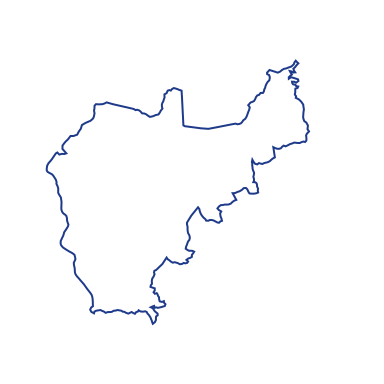 Água Doce, Santa Catarina, Brazil, rotated 252°
{"feature_id": "56859067B81535062588760", "entity_name": "Água Doce", "entity_type": "district", "adm_level": 2, "iso_a3": "BRA", "parent_name": "Brazil", "parent_adm1": "Santa Catarina", "projection": "robinson", "projection_center": [-51.633, -26.817], "detail": "fine", "context": "isolated", "style": "outline", "palette": "blue", "viewbox_px": 384, "rotation_deg": 252, "n_neighbors": 0, "source": "geoboundaries", "source_scale": "gbopen_adm2", "svg_char_len": 5995}
<svg xmlns="http://www.w3.org/2000/svg" viewBox="0 0 384 384"><g transform="rotate(252 192 192)"><path d="M255.8,60.9L254.7,61.8L253.4,63.1L251.8,64.5L250.1,65.2L247.0,66.0L245.7,66.3L243.5,66.3L241.7,65.6L239.3,65.9L236.7,65.9L234.5,65.1L232.5,64.5L230.6,64.8L228.7,65.3L227.3,65.6L223.1,64.9L220.2,63.9L218.1,63.1L216.3,62.5L214.5,62.3L212.8,62.5L211.2,63.1L209.7,64.3L208.0,65.1L205.8,65.0L204.2,64.5L202.7,64.3L201.1,64.3L199.3,64.4L198.0,63.7L196.7,62.4L195.4,60.8L193.2,58.0L191.5,56.9L190.2,56.0L189.1,54.9L187.7,53.6L186.1,52.1L183.6,51.1L181.7,51.1L179.2,52.1L177.4,53.5L175.9,54.7L173.0,57.2L171.4,58.8L170.0,59.9L168.6,60.8L166.4,60.7L164.2,60.4L162.7,59.1L161.2,57.7L159.2,57.2L157.0,57.0L155.3,56.8L153.7,56.3L151.6,55.8L150.0,55.8L148.6,56.1L146.9,56.7L145.0,57.6L143.2,58.3L141.6,59.0L139.4,59.9L137.6,60.7L133.7,61.9L131.3,62.7L128.6,63.7L126.9,64.3L124.9,64.8L122.6,64.7L120.4,64.3L118.1,63.7L116.2,63.1L114.0,62.5L113.3,60.4L111.6,58.8L109.1,59.2L106.9,61.3L108.4,62.3L108.7,64.1L108.4,66.2L108.0,68.5L106.6,69.9L105.7,71.1L103.8,72.5L103.8,74.9L103.1,77.0L102.8,78.7L103.3,80.8L102.8,82.7L102.8,84.6L101.9,86.3L100.9,88.2L99.6,89.1L99.0,90.6L97.3,92.1L96.0,93.9L96.3,95.7L96.5,97.5L95.2,98.6L93.8,100.1L95.0,101.7L95.0,103.5L96.0,104.7L94.3,106.1L93.3,108.5L93.0,110.6L92.0,111.8L90.2,112.1L88.3,113.0L86.5,113.5L85.0,113.8L83.6,113.8L82.2,114.0L80.4,113.9L78.8,114.0L79.7,116.5L81.5,118.2L83.5,118.8L84.8,119.5L85.3,121.2L87.0,121.7L88.7,120.6L90.5,119.6L92.2,119.2L93.7,118.7L95.1,117.2L95.3,118.8L95.4,120.8L93.4,120.7L93.3,122.4L92.4,123.7L92.2,125.4L92.0,127.7L92.0,130.9L93.5,132.1L95.4,131.2L96.9,131.5L96.7,129.5L98.0,127.5L100.2,127.6L102.2,128.1L103.7,127.6L105.4,127.6L106.7,127.2L106.7,125.2L108.6,124.5L109.8,126.1L111.9,126.8L113.4,124.7L114.6,123.2L116.1,124.1L117.1,125.6L119.3,126.1L120.7,126.7L122.0,127.5L123.5,129.4L125.4,131.0L127.3,131.0L128.7,131.9L128.9,133.8L130.0,136.1L131.3,138.7L132.6,141.5L137.5,147.6L135.6,148.1L134.3,149.2L132.5,150.3L130.7,151.9L130.6,153.8L128.9,156.4L127.0,158.2L126.7,160.6L127.1,162.2L126.2,163.6L126.1,165.6L127.1,166.8L129.1,165.7L129.9,167.9L129.9,169.7L130.3,171.8L132.3,172.5L133.3,174.1L134.6,175.6L135.9,174.2L136.6,172.5L137.1,170.9L138.4,169.7L140.0,168.5L141.7,169.4L143.6,171.0L144.7,171.8L146.1,172.9L147.1,174.5L148.3,175.4L149.6,175.9L151.6,176.1L153.8,175.6L156.1,175.8L158.4,176.4L160.6,177.1L162.6,177.2L164.3,177.7L165.4,178.9L166.6,180.3L169.8,184.1L175.6,193.0L173.6,193.7L171.5,193.5L169.6,193.5L167.2,193.9L165.1,194.6L163.4,195.4L162.2,196.3L160.4,196.6L159.6,198.7L159.9,200.4L159.3,202.0L158.4,203.6L155.2,206.7L154.4,208.2L155.3,210.0L155.3,211.6L157.8,211.8L159.9,211.6L162.9,212.1L164.5,213.8L166.5,212.0L168.5,211.1L169.8,213.0L170.6,215.2L170.1,217.3L169.9,219.4L169.3,221.0L168.8,223.2L169.0,225.4L169.9,227.1L170.7,229.4L170.8,231.7L178.3,230.3L177.7,232.6L178.0,235.2L178.0,237.6L178.7,240.4L179.7,242.2L179.2,244.5L177.6,245.4L175.8,245.6L174.4,245.8L172.9,246.2L172.1,247.9L171.2,250.6L170.9,253.0L171.1,254.8L173.1,255.0L174.8,255.9L176.9,255.6L179.2,256.1L180.6,256.0L181.8,255.1L182.4,253.4L183.5,254.4L185.3,255.0L187.4,255.0L188.7,255.8L190.7,256.9L192.6,256.9L194.1,256.7L195.7,256.9L197.3,257.3L198.8,257.5L200.2,258.1L202.0,258.2L204.1,259.4L201.6,259.9L199.5,260.6L198.1,262.5L198.8,264.6L197.9,265.9L196.9,267.6L197.2,269.5L197.1,271.3L196.9,273.2L197.3,275.6L198.3,277.6L199.0,279.6L199.3,281.5L209.5,283.2L207.7,285.1L206.7,286.6L206.2,288.0L206.1,290.0L207.2,291.8L207.8,293.5L206.5,295.1L206.8,297.5L207.3,300.2L207.2,302.6L207.4,304.5L206.6,306.3L205.8,308.0L205.3,309.7L205.6,311.7L205.5,313.8L204.6,315.0L205.5,316.6L207.0,317.2L209.0,317.7L210.6,318.0L212.0,319.3L213.4,322.0L214.9,321.6L216.3,321.3L217.6,322.0L219.5,322.8L221.3,322.4L222.7,322.2L224.7,320.7L226.8,320.6L228.3,320.7L229.8,321.2L231.3,321.8L233.5,322.7L235.6,323.8L237.4,324.2L239.0,324.4L240.8,324.8L242.4,324.3L243.8,323.9L245.5,323.1L247.1,322.2L248.3,321.0L249.5,319.8L250.9,320.6L252.9,319.9L254.9,321.0L256.8,321.6L258.4,322.3L258.3,324.5L259.5,325.6L260.5,323.8L262.0,323.5L263.1,321.5L264.6,321.0L266.0,321.2L265.3,323.2L263.8,324.9L264.7,327.5L266.3,327.7L267.4,326.3L269.6,323.2L270.5,321.6L269.8,319.1L271.2,319.5L272.1,321.3L272.8,323.3L274.9,322.7L276.8,322.4L275.8,324.1L274.3,325.2L273.9,327.1L275.9,326.5L277.9,326.5L278.8,328.5L280.4,330.8L281.5,332.9L283.3,331.9L284.8,331.2L283.6,329.5L282.0,328.3L281.2,326.6L280.6,325.0L280.6,322.9L280.4,319.8L280.7,317.6L280.3,315.5L279.3,313.1L279.0,310.5L284.1,303.4L283.2,301.9L282.4,300.3L280.9,299.9L279.3,301.5L277.3,301.5L275.8,300.9L274.3,300.0L273.4,298.1L271.8,296.2L270.1,294.7L268.4,293.7L267.2,292.4L265.5,291.5L264.3,290.1L265.0,287.8L263.7,285.9L263.7,284.0L262.5,282.2L260.6,280.6L259.3,279.0L259.1,277.4L259.0,275.3L258.2,274.0L257.2,272.3L254.7,273.1L252.7,271.9L250.8,270.3L248.7,268.7L246.7,267.1L245.1,265.2L244.4,263.0L243.0,261.2L242.2,259.7L242.1,257.9L242.4,256.1L243.5,254.7L243.8,253.0L245.6,238.1L246.1,234.1L247.0,227.1L249.9,220.0L256.8,205.5L258.0,204.4L285.4,211.8L291.6,213.4L293.3,211.1L294.3,210.0L295.4,208.5L296.5,206.8L296.0,204.6L295.0,203.2L295.9,202.0L295.9,200.2L293.8,198.3L293.4,196.0L292.0,195.5L290.5,195.2L289.0,194.0L287.1,192.7L285.8,191.3L284.3,190.3L282.2,189.7L280.5,189.7L279.1,187.6L277.6,186.0L276.1,184.1L276.4,181.2L276.1,178.6L276.4,175.2L278.2,173.7L280.2,172.3L281.4,170.9L282.2,168.9L284.3,168.0L285.9,167.0L287.2,165.2L287.3,163.6L288.6,162.6L289.5,161.4L299.9,144.0L303.6,138.5L303.2,136.2L303.2,134.0L304.1,130.6L305.2,127.8L304.2,126.0L301.5,125.0L299.8,124.0L296.9,123.6L293.6,121.7L292.3,120.3L291.1,117.5L290.6,112.1L289.7,108.0L286.5,105.8L284.6,103.2L282.0,100.5L281.9,96.6L282.8,93.8L280.4,90.3L279.2,87.8L278.3,86.2L276.2,83.2L272.9,82.1L270.5,83.2L267.6,84.4L267.6,82.3L268.5,80.0L268.6,77.4L271.2,76.1L270.8,74.5L269.4,72.6L267.8,70.6L266.5,68.9L265.3,67.1L263.7,64.4L261.8,62.4L259.2,61.1L257.3,60.5L255.8,60.9Z" fill="none" stroke="#1e3a8a" stroke-width="2"/></g></svg>